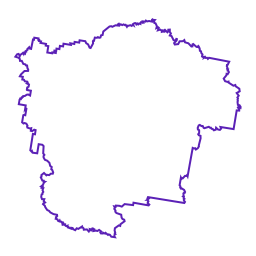 the district of Walcha, New South Wales, Australia
{"feature_id": "25037944B3824833794033", "entity_name": "Walcha", "entity_type": "district", "adm_level": 2, "iso_a3": "AUS", "parent_name": "Australia", "parent_adm1": "New South Wales", "projection": "mercator", "projection_center": [151.721, -31.198], "detail": "fine", "context": "isolated", "style": "outline", "palette": "violet", "viewbox_px": 256, "rotation_deg": 0, "n_neighbors": 0, "source": "geoboundaries", "source_scale": "gbopen_adm2", "svg_char_len": 5646}
<svg xmlns="http://www.w3.org/2000/svg" viewBox="0 0 256 256"><path d="M109.5,26.5L103.3,31.5L102.6,35.0L101.1,35.3L100.4,37.5L99.1,37.8L97.9,37.1L97.0,37.8L94.8,37.6L94.0,40.8L93.2,40.7L92.9,41.3L93.1,43.4L90.6,48.0L89.6,47.7L88.1,44.4L86.2,43.2L85.3,41.2L79.6,40.3L79.2,42.6L74.6,41.9L74.3,44.0L70.4,43.3L70.8,44.9L63.5,43.7L63.1,46.4L59.9,45.9L59.4,49.1L56.5,48.6L56.2,50.9L54.4,50.6L54.2,51.8L55.9,52.0L55.8,53.0L52.3,52.4L52.2,53.3L47.3,52.5L48.3,46.1L45.7,45.6L46.0,43.9L40.5,42.9L41.0,41.4L39.0,41.0L39.2,39.9L38.3,39.8L38.5,38.4L34.3,37.7L34.0,39.7L33.0,39.5L31.1,48.9L29.8,48.6L29.2,47.2L27.4,49.0L27.6,49.7L25.7,51.1L26.1,51.7L25.5,52.0L25.1,53.5L24.5,52.9L24.1,53.6L23.9,52.5L23.2,52.7L23.1,53.6L22.7,53.2L20.2,55.0L19.8,56.1L18.6,53.9L17.1,54.3L15.4,56.7L18.5,57.7L19.8,59.0L20.0,60.9L21.8,60.9L23.3,63.9L25.4,64.4L25.9,65.4L27.1,65.5L27.4,68.0L28.2,69.5L28.1,70.9L24.5,71.0L20.9,74.5L19.9,76.3L22.8,76.8L22.3,79.5L24.0,79.8L24.8,81.3L27.3,81.7L27.8,83.0L27.0,83.5L29.0,84.5L28.6,86.7L27.2,87.5L26.9,89.4L27.4,89.5L27.3,90.1L30.9,90.7L30.1,95.5L28.2,94.5L26.8,94.7L24.8,96.0L23.2,96.1L23.1,96.8L21.9,97.2L21.9,97.9L20.4,98.4L20.6,99.0L19.3,98.8L19.7,99.1L18.8,104.2L25.7,105.4L25.1,109.2L25.8,108.3L26.4,108.7L25.3,115.2L24.1,114.8L23.3,115.2L22.1,122.3L23.5,123.5L24.6,123.0L26.4,123.7L27.5,125.7L27.1,126.6L27.4,127.6L30.0,128.5L31.2,128.2L30.8,130.8L32.1,131.1L34.2,129.7L35.6,130.1L35.0,134.3L32.9,133.9L30.3,150.3L31.6,151.6L32.0,151.1L32.6,152.7L37.2,153.3L38.7,144.2L42.4,144.8L43.6,146.1L43.2,153.4L44.4,154.9L43.5,156.1L43.6,157.5L44.9,159.8L47.2,160.7L49.4,162.8L50.2,165.9L51.7,167.0L51.3,169.3L52.2,169.9L53.2,172.4L52.8,173.7L50.8,173.7L49.2,175.1L46.8,174.8L46.3,175.3L44.0,173.0L41.4,175.1L41.5,176.7L40.8,177.3L42.3,180.5L43.7,180.7L43.6,181.6L44.9,181.8L44.0,182.5L42.9,184.9L41.4,186.2L42.2,186.3L41.9,186.9L42.4,186.9L41.8,187.9L43.3,188.1L42.5,190.1L43.3,191.9L42.5,192.9L42.5,194.0L41.6,194.5L41.2,196.9L42.0,199.1L44.3,199.1L43.7,201.1L45.1,202.5L43.4,203.4L43.0,204.1L44.8,205.7L45.3,207.2L47.2,210.0L49.1,210.9L50.3,212.4L53.5,214.1L57.0,214.8L57.2,216.0L55.9,217.2L56.3,218.1L55.8,218.8L57.5,219.5L58.2,221.0L59.1,221.3L59.7,220.5L60.1,221.6L61.1,221.6L61.9,222.7L62.8,222.3L63.3,223.0L62.8,224.1L63.3,224.1L63.1,224.7L65.0,224.4L64.9,225.1L65.8,225.9L67.2,225.7L66.8,226.3L68.3,226.9L68.1,227.5L71.3,228.7L71.3,227.8L72.6,228.0L73.4,229.3L75.2,230.2L76.7,228.3L78.3,228.9L81.9,226.6L81.9,227.5L82.8,227.5L83.6,228.4L83.8,229.7L86.9,229.4L88.8,231.5L89.5,230.2L91.2,230.4L90.4,229.2L91.7,229.5L92.3,228.4L92.8,228.4L93.6,228.8L93.6,229.7L94.2,229.7L93.8,231.0L95.9,230.6L97.4,231.0L99.1,229.9L101.1,231.4L100.3,232.4L100.9,233.4L102.8,233.5L103.1,232.7L105.1,233.6L105.6,232.9L108.0,234.9L108.6,234.4L109.9,234.8L111.3,236.7L114.9,237.2L114.3,236.2L114.7,234.1L115.3,234.0L114.8,233.1L115.2,232.5L114.6,230.6L114.9,228.2L118.8,225.4L120.2,225.9L120.5,224.2L124.6,221.2L124.2,219.7L122.5,219.0L121.6,217.6L121.2,214.7L116.4,213.0L115.3,211.7L115.5,210.5L114.3,208.9L114.9,207.9L114.2,206.4L115.7,206.7L115.9,205.6L119.3,205.8L121.8,206.6L124.6,204.1L133.1,205.1L133.5,202.7L148.6,205.4L149.3,204.6L147.6,203.0L148.4,201.3L147.8,200.8L147.9,199.8L147.2,199.8L148.5,198.8L147.5,198.3L148.0,197.1L184.3,203.0L185.0,201.9L183.9,200.5L183.8,199.2L184.4,198.8L183.6,197.9L183.9,196.6L183.1,196.3L183.6,195.8L183.4,193.4L184.2,192.6L184.7,192.8L185.1,192.0L184.1,189.9L181.4,188.2L181.0,188.6L180.2,187.6L180.4,186.3L179.6,185.3L180.9,177.6L181.5,178.9L182.3,178.1L182.8,178.3L185.0,175.9L186.1,176.0L187.0,175.1L187.6,176.3L192.7,147.9L194.0,148.5L195.1,148.2L195.9,149.5L197.8,148.2L198.9,146.4L198.8,145.4L200.6,138.3L200.5,135.8L198.8,135.2L198.2,134.2L199.1,133.1L199.2,130.7L198.8,129.8L197.9,129.5L197.7,127.9L198.7,125.4L199.8,124.9L201.5,126.1L202.7,126.0L203.7,127.9L204.4,128.2L208.8,126.8L210.1,127.8L210.9,127.7L211.6,128.8L212.6,128.9L213.9,130.3L215.7,129.7L216.1,127.7L218.0,129.5L219.9,129.9L221.1,128.6L220.5,127.0L233.6,129.1L236.7,110.4L239.2,110.6L239.3,109.6L237.9,107.4L238.4,107.0L240.5,107.9L240.6,106.9L239.5,105.2L237.9,104.9L237.5,101.9L237.9,100.8L237.5,99.8L238.0,98.6L237.4,97.5L238.7,95.7L236.7,93.0L239.7,91.3L239.3,88.7L235.7,86.3L235.3,85.0L233.4,85.7L228.6,82.6L228.5,81.6L227.5,81.9L225.1,81.2L223.7,78.6L226.4,75.3L226.6,73.8L227.7,74.1L228.9,72.1L228.3,70.9L227.6,70.6L228.1,69.2L227.1,68.8L227.4,67.5L226.8,66.2L227.0,64.9L227.7,64.8L229.2,61.7L209.0,57.8L207.9,58.9L207.1,57.8L205.6,57.9L205.2,57.2L204.1,57.8L204.5,56.8L202.5,56.9L202.0,56.4L202.5,54.4L201.4,53.2L201.0,51.3L199.9,50.8L199.6,48.2L198.5,47.2L198.8,46.6L198.3,46.0L197.4,47.0L196.5,46.9L193.2,44.0L192.5,44.4L192.4,46.4L191.4,46.5L188.4,43.3L185.0,42.3L184.3,40.1L182.9,41.2L179.6,41.3L178.2,44.1L174.8,44.5L174.1,43.1L176.6,40.5L176.9,39.1L176.3,38.9L175.5,40.6L173.6,40.2L171.5,36.0L169.8,35.5L170.9,33.4L169.8,32.0L169.8,29.6L168.3,29.7L168.2,31.4L167.4,32.3L164.9,29.8L164.3,30.2L164.8,31.5L164.1,31.8L163.4,31.4L161.9,31.8L162.1,30.3L161.0,30.3L160.2,29.6L157.9,30.3L158.8,27.8L158.2,27.3L156.4,28.1L156.9,26.2L155.6,23.4L154.4,23.0L154.4,22.3L153.5,21.5L154.8,20.0L152.6,19.8L153.1,18.8L152.0,19.8L152.0,21.6L149.1,21.0L147.2,21.4L145.9,20.6L145.4,21.6L143.1,21.4L143.3,22.2L142.4,21.8L142.4,22.7L141.0,22.2L140.4,23.1L140.4,23.9L139.5,23.5L138.3,24.4L137.7,23.5L136.4,24.5L135.7,23.1L134.4,23.2L133.0,24.1L133.4,25.2L132.7,24.7L131.7,25.9L130.3,25.2L127.3,26.1L126.9,26.8L126.5,26.2L126.9,25.6L126.1,25.5L125.6,24.8L124.8,25.1L123.6,24.4L122.2,25.1L120.8,24.3L119.8,25.0L118.9,23.7L118.0,24.3L118.6,25.6L115.5,25.3L112.3,26.8L111.2,26.2L109.5,26.5Z" fill="none" stroke="#5b21b6" stroke-width="2"/></svg>